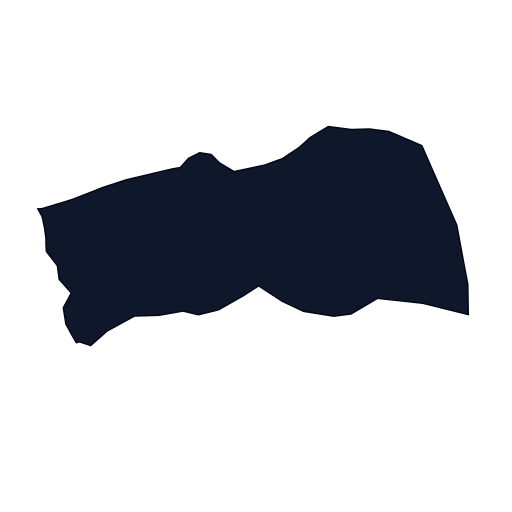 outline of Nitega, Southern Darfur, Sudan, rotated 254°
{"feature_id": "16777658B78746843728772", "entity_name": "Nitega", "entity_type": "district", "adm_level": 2, "iso_a3": "SDN", "parent_name": "Sudan", "parent_adm1": "Southern Darfur", "projection": "robinson", "projection_center": [25.325, 12.6], "detail": "fine", "context": "isolated", "style": "filled", "palette": "ink", "viewbox_px": 512, "rotation_deg": 254, "n_neighbors": 0, "source": "geoboundaries", "source_scale": "gbopen_adm2", "svg_char_len": 1581}
<svg xmlns="http://www.w3.org/2000/svg" viewBox="0 0 512 512"><g transform="rotate(254 256 256)"><path d="M217.4,216.7L221.5,233.6L226.6,250.3L205.1,268.9L189.6,286.6L176.7,314.2L174.1,331.4L181.8,361.2L170.5,388.9L164.5,403.5L141.2,443.9L170.5,451.8L184.9,453.1L201.6,454.7L230.3,457.5L279.4,450.8L316.4,445.8L339.2,417.8L344.5,405.3L344.6,405.2L346.8,400.1L348.6,393.1L351.2,382.8L360.5,361.1L358.1,352.2L354.8,340.3L354.5,339.8L350.3,331.3L348.5,327.6L342.3,308.3L341.9,302.2L341.0,289.6L342.2,272.0L343.2,258.2L355.6,246.5L365.4,241.2L365.9,240.9L370.8,230.3L370.5,228.9L368.5,218.1L363.2,209.7L361.9,207.5L362.8,199.4L365.0,152.6L364.2,130.1L364.1,127.4L362.4,110.3L362.1,106.8L361.8,103.9L361.3,98.8L361.0,95.5L360.7,81.8L360.7,77.7L360.6,75.4L360.6,72.4L360.6,71.9L360.5,66.6L360.5,65.7L360.5,64.1L360.5,63.5L361.4,59.3L359.8,59.7L356.2,60.5L354.1,61.0L353.6,61.1L353.4,61.1L353.0,61.2L352.6,61.3L348.1,61.0L340.5,60.4L336.6,59.8L335.1,59.6L329.7,58.7L324.9,57.3L324.1,57.1L318.2,55.8L315.2,56.9L315.0,57.0L309.6,59.2L307.6,60.0L304.1,61.4L301.5,62.4L299.9,62.2L295.5,61.5L287.8,60.4L286.8,60.9L286.3,61.1L286.0,61.2L285.9,61.3L285.4,61.6L285.0,61.8L284.5,62.0L283.6,62.4L283.4,62.5L282.9,62.8L280.2,64.1L279.5,64.4L278.4,64.9L275.1,66.5L274.9,66.6L274.5,66.8L273.4,67.3L272.4,67.8L271.8,68.1L271.4,68.3L259.3,56.5L243.0,54.5L237.8,55.7L232.5,56.8L227.4,58.1L223.8,59.0L222.2,59.5L222.2,62.6L215.5,72.4L224.9,92.1L227.2,102.3L231.8,122.6L227.3,140.3L225.8,146.1L223.2,170.7L215.4,184.4L214.6,205.1L217.4,216.7Z" fill="#0f172a" stroke="#020617" stroke-width="1.5"/></g></svg>